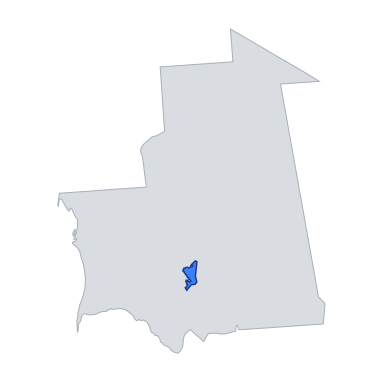 Boumdeid, Assaba, Mauritania (highlighted), rotated 356°
{"feature_id": "47542326B4408163770822", "entity_name": "Boumdeid", "entity_type": "district", "adm_level": 2, "iso_a3": "MRT", "parent_name": "Mauritania", "parent_adm1": "Assaba", "projection": "robinson", "projection_center": [-11.369, 17.747], "detail": "fine", "context": "in_parent", "style": "filled", "palette": "blue", "viewbox_px": 384, "rotation_deg": 356, "n_neighbors": 0, "source": "geoboundaries", "source_scale": "gbopen_adm2", "svg_char_len": 4293}
<svg xmlns="http://www.w3.org/2000/svg" viewBox="0 0 384 384"><g transform="rotate(356 192 192)"><path d="M162.8,350.3L162.3,350.1L160.0,348.3L158.8,346.1L156.9,344.5L154.4,343.4L152.7,342.1L151.9,340.7L150.9,339.8L149.9,339.3L149.8,338.8L150.1,338.1L149.8,336.8L148.3,333.9L146.9,332.6L145.7,332.8L145.0,332.4L144.6,331.8L144.4,330.9L143.6,330.1L142.2,329.7L141.1,327.6L140.2,323.7L139.1,320.6L137.7,318.4L136.7,317.6L136.0,317.5L135.7,317.1L135.5,316.5L134.5,316.3L132.9,316.9L131.6,316.7L130.9,315.6L130.0,315.5L128.8,316.4L127.5,316.2L126.1,314.8L125.3,313.4L125.1,312.0L122.7,309.3L117.9,305.1L112.7,303.2L107.1,303.5L103.9,303.3L103.3,302.6L102.6,302.7L101.9,303.4L101.1,303.6L100.3,303.2L99.8,303.5L99.6,304.6L97.7,305.1L93.9,305.1L90.8,305.8L88.5,307.0L85.2,307.6L81.0,307.4L78.4,306.9L77.6,306.2L76.3,306.0L74.8,306.4L73.3,308.4L72.1,312.1L71.0,314.2L70.2,314.7L69.3,317.5L68.8,322.1L68.0,324.1L68.1,312.6L69.4,308.4L69.8,304.6L72.4,296.3L75.6,289.5L78.5,280.5L79.6,271.8L79.3,263.2L78.5,255.6L77.1,250.6L75.8,243.3L73.7,239.5L70.0,236.1L69.1,234.2L70.0,233.5L72.3,233.0L73.8,230.3L70.7,231.3L74.3,223.3L75.5,217.9L75.3,214.3L76.0,212.1L73.3,207.3L71.3,201.3L70.2,200.3L69.1,199.8L69.0,201.2L68.3,202.5L67.0,201.7L64.7,197.3L61.5,190.2L60.4,189.5L59.4,190.4L58.8,191.4L57.6,197.3L57.3,195.0L57.8,192.2L58.7,188.8L59.6,184.0L62.4,184.0L67.5,184.0L77.6,184.0L82.7,184.0L92.8,184.0L97.9,183.9L108.0,183.9L113.1,183.9L123.2,183.9L128.3,183.9L138.4,183.9L143.4,183.9L146.8,183.9L146.6,180.5L146.4,177.8L146.2,174.2L146.0,170.6L145.8,167.0L145.7,163.6L145.5,160.2L145.3,157.1L145.1,154.2L144.9,152.6L143.8,149.3L143.6,147.7L143.9,146.0L144.6,144.3L146.6,141.4L149.5,139.1L153.0,136.5L155.6,134.5L157.0,134.0L161.1,133.3L164.3,131.7L167.4,130.3L168.8,129.5L168.9,126.7L169.0,65.0L184.5,65.0L188.6,65.0L217.1,65.0L221.2,65.0L241.9,65.0L241.9,62.1L241.9,57.9L241.8,52.2L241.8,46.4L241.7,36.3L241.7,32.0L245.8,34.9L254.0,40.5L258.2,43.3L266.4,49.0L274.7,54.6L283.0,60.3L287.1,63.1L291.2,65.9L295.4,68.7L299.5,71.5L307.8,77.2L311.3,79.5L316.7,83.4L321.7,86.9L326.7,90.5L319.0,90.5L308.7,90.5L301.8,90.5L294.6,90.5L287.8,90.5L288.5,96.3L289.1,102.7L289.8,109.0L290.5,115.3L291.2,121.7L293.2,140.7L293.9,147.1L294.6,153.4L295.2,159.7L295.9,166.1L297.3,178.8L298.0,185.1L298.7,191.5L299.3,197.8L300.0,204.1L300.7,210.5L302.1,223.2L302.7,229.5L303.4,235.9L304.1,242.2L304.8,248.5L305.5,254.9L306.1,261.2L306.8,267.6L308.2,280.3L308.9,286.6L309.5,293.0L310.2,299.3L310.9,305.4L313.6,308.7L316.9,312.7L316.0,318.5L314.9,325.3L313.7,332.8L304.4,332.8L295.3,332.8L272.6,332.8L268.1,332.8L245.3,332.8L240.8,332.8L232.0,332.8L229.4,332.6L228.5,332.0L228.1,328.2L227.4,328.4L226.4,329.6L226.0,330.8L226.1,332.4L226.0,333.8L223.1,334.3L219.1,335.2L215.0,335.9L210.8,335.7L209.4,335.4L207.8,334.8L204.5,334.3L202.7,334.2L200.6,334.4L198.1,334.7L197.4,335.4L195.5,338.3L193.7,341.6L192.5,341.6L191.2,339.8L187.6,336.3L183.2,331.8L181.2,329.5L180.2,329.2L178.1,330.8L176.3,332.4L174.4,334.6L173.6,336.7L172.9,339.2L172.6,342.2L171.9,345.6L170.4,348.3L168.6,350.4L167.2,351.4L166.7,352.0L162.8,350.3ZM72.3,225.4L70.9,227.9L70.3,226.9L70.0,225.3L71.3,223.0L71.9,221.8L73.0,221.3L72.3,225.4Z" fill="#d9dde1" stroke="#a8b0b8" stroke-width="1"/><path d="M191.6,261.6L190.6,261.1L190.4,261.0L188.5,262.6L186.0,264.9L185.7,265.3L185.7,265.6L186.0,265.8L186.3,265.9L187.3,265.6L187.0,266.5L186.6,266.6L185.9,266.3L185.6,266.3L184.3,267.4L183.8,267.5L183.3,267.4L182.7,267.0L182.6,266.8L180.1,266.9L180.0,267.4L179.8,267.7L179.4,267.8L178.3,267.7L178.1,268.9L177.8,269.3L177.4,269.6L177.4,270.1L178.0,270.5L178.4,270.8L178.5,271.2L178.6,271.9L179.0,272.3L179.3,272.8L179.9,273.7L180.8,275.0L181.0,275.4L181.2,276.1L181.4,276.3L181.5,276.9L181.9,277.1L182.9,277.6L182.7,278.5L183.2,279.0L183.7,279.3L184.2,279.8L184.5,280.2L184.8,280.5L184.0,281.3L183.5,281.8L182.7,281.2L182.4,281.1L182.0,280.3L181.4,279.8L181.1,279.7L180.7,279.6L180.1,279.6L179.6,280.9L180.8,281.2L180.1,282.7L180.2,283.0L180.3,283.1L180.3,283.3L180.6,283.7L181.0,284.1L180.8,284.5L180.2,285.8L179.9,286.1L178.6,287.0L179.4,288.7L180.0,289.7L181.0,288.5L181.8,287.6L184.8,284.4L188.7,284.3L190.5,282.1L190.0,279.2L189.5,276.3L189.5,276.0L189.7,275.1L191.4,265.6L192.0,261.8L191.6,261.6Z" fill="#3b82f6" stroke="#1e3a8a" stroke-width="1.5"/></g></svg>